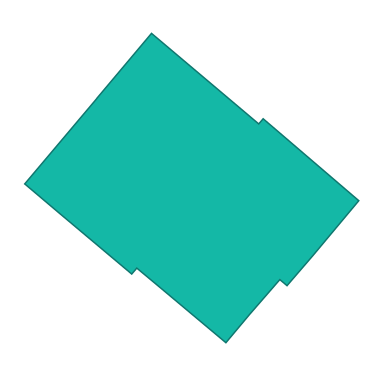 the district of Webster, Missouri, United States of America, rotated 309°
{"feature_id": "52423323B1657804385540", "entity_name": "Webster", "entity_type": "district", "adm_level": 2, "iso_a3": "USA", "parent_name": "United States of America", "parent_adm1": "Missouri", "projection": "mercator", "projection_center": [-92.915, 37.277], "detail": "fine", "context": "isolated", "style": "filled", "palette": "teal", "viewbox_px": 384, "rotation_deg": 309, "n_neighbors": 0, "source": "geoboundaries", "source_scale": "gbopen_adm2", "svg_char_len": 364}
<svg xmlns="http://www.w3.org/2000/svg" viewBox="0 0 384 384"><g transform="rotate(309 192 192)"><path d="M96.2,313.2L132.8,313.8L179.2,315.4L179.0,324.8L219.2,326.0L290.2,327.1L293.7,201.2L286.9,201.0L289.8,60.7L205.2,59.1L204.5,59.2L93.0,56.9L92.0,103.6L90.3,196.8L98.1,197.0L97.8,219.3L96.2,313.2Z" fill="#14b8a6" stroke="#0f766e" stroke-width="1.5"/></g></svg>